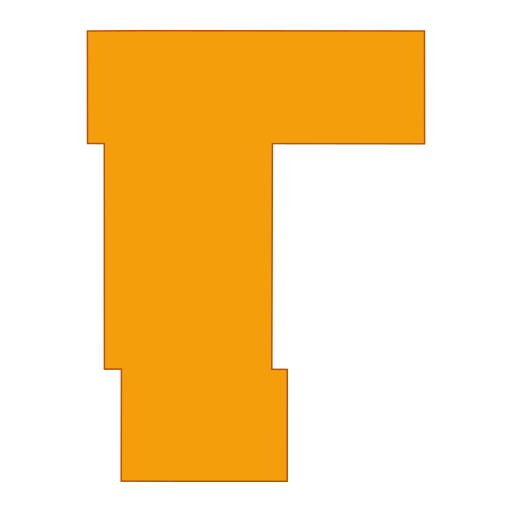 the district of Pierce, North Dakota, United States of America
{"feature_id": "52423323B9617880676259", "entity_name": "Pierce", "entity_type": "district", "adm_level": 2, "iso_a3": "USA", "parent_name": "United States of America", "parent_adm1": "North Dakota", "projection": "mercator", "projection_center": [-99.984, 48.196], "detail": "fine", "context": "isolated", "style": "filled", "palette": "amber", "viewbox_px": 512, "rotation_deg": 0, "n_neighbors": 0, "source": "geoboundaries", "source_scale": "gbopen_adm2", "svg_char_len": 307}
<svg xmlns="http://www.w3.org/2000/svg" viewBox="0 0 512 512"><path d="M287.2,481.3L287.3,369.4L271.8,369.3L272.4,143.6L424.6,143.8L424.5,31.0L143.7,30.7L87.4,31.0L87.5,143.5L104.3,143.6L104.4,369.1L121.4,369.1L121.2,481.1L176.6,481.3L287.2,481.3Z" fill="#f59e0b" stroke="#b45309" stroke-width="1.5"/></svg>